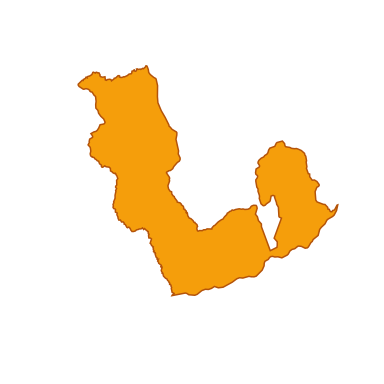 Januária, Minas Gerais, Brazil, rotated 19°
{"feature_id": "56859067B69142797953958", "entity_name": "Januária", "entity_type": "district", "adm_level": 2, "iso_a3": "BRA", "parent_name": "Brazil", "parent_adm1": "Minas Gerais", "projection": "robinson", "projection_center": [-44.822, -15.321], "detail": "fine", "context": "isolated", "style": "filled", "palette": "amber", "viewbox_px": 384, "rotation_deg": 19, "n_neighbors": 0, "source": "geoboundaries", "source_scale": "gbopen_adm2", "svg_char_len": 6025}
<svg xmlns="http://www.w3.org/2000/svg" viewBox="0 0 384 384"><g transform="rotate(19 192 192)"><path d="M107.3,87.8L107.2,89.0L106.0,91.2L105.2,91.1L103.7,92.8L103.1,92.6L101.2,93.6L100.2,93.4L99.5,93.8L100.0,94.4L99.6,96.0L98.9,96.4L98.1,96.1L97.7,95.4L97.2,95.8L97.0,96.6L95.9,97.3L96.3,99.0L96.1,99.9L94.0,101.1L93.0,102.9L90.6,105.2L90.0,105.2L88.5,106.5L86.8,107.0L86.0,106.9L85.9,106.0L85.2,105.7L84.2,106.1L82.7,109.0L81.4,109.8L81.4,110.6L79.7,113.1L78.8,112.1L77.4,112.2L75.1,113.4L74.9,114.2L73.6,114.3L72.2,111.4L70.0,112.6L68.0,112.7L67.0,112.0L67.0,111.3L65.2,109.6L64.1,110.1L62.9,109.8L62.1,110.3L61.9,111.0L59.8,110.8L59.3,111.2L59.1,113.6L57.2,115.9L56.2,116.4L55.2,117.5L55.6,118.1L54.4,118.0L54.1,119.5L52.6,121.0L52.8,122.0L51.7,122.3L49.3,127.1L49.6,128.0L50.9,129.0L55.7,130.2L56.4,130.0L58.1,128.8L60.2,128.6L62.2,129.1L62.6,129.9L63.4,130.2L65.1,130.1L67.9,132.4L69.7,133.1L71.8,137.5L72.5,140.8L73.8,144.0L76.5,145.5L78.0,147.9L81.1,150.1L84.7,151.7L87.1,154.3L87.0,155.5L86.5,156.4L83.2,158.3L83.0,161.7L82.4,164.3L81.6,165.8L79.6,167.2L77.4,169.7L79.5,171.2L80.2,172.3L80.0,173.0L78.0,175.3L78.3,177.7L78.8,178.4L78.4,181.3L81.2,182.9L81.7,183.7L83.0,186.3L83.3,189.1L84.4,190.8L85.9,191.4L86.4,191.1L86.9,191.5L88.3,191.3L89.4,192.3L90.8,192.5L92.2,193.3L93.7,193.3L95.4,195.4L97.6,196.1L98.0,197.3L98.6,197.8L99.5,197.7L101.0,195.7L102.5,196.1L105.5,195.5L107.1,196.2L108.1,198.6L109.7,198.9L111.1,199.6L112.7,199.8L113.2,199.2L113.9,199.5L114.4,200.3L115.6,201.1L117.5,203.5L116.9,205.5L118.6,209.9L118.0,211.3L118.1,212.2L119.6,213.3L119.3,215.5L119.8,216.0L120.3,220.1L121.3,223.0L121.1,226.9L121.6,227.5L121.4,229.5L122.3,231.0L122.2,232.0L122.8,232.7L123.6,233.2L124.5,233.0L125.5,233.6L125.6,234.7L126.2,236.0L127.6,236.0L128.2,236.4L128.2,237.4L128.6,238.2L130.2,239.8L130.4,240.6L132.0,242.4L133.5,241.8L135.1,243.3L136.7,242.7L137.3,242.9L138.1,243.7L138.2,244.4L139.6,244.5L141.9,246.6L142.6,246.8L143.7,245.8L145.4,246.6L146.4,247.8L148.1,248.9L149.6,248.4L151.2,247.2L151.8,245.9L153.6,244.8L154.0,244.2L155.9,243.4L156.9,242.1L158.5,243.2L159.1,242.0L160.8,242.9L162.0,243.1L162.7,243.8L163.5,243.7L164.3,245.7L165.1,245.9L165.1,247.4L166.2,249.5L167.7,249.1L169.0,249.6L169.1,254.1L169.8,254.3L171.3,255.8L173.3,256.5L173.2,257.4L173.8,257.8L174.2,259.2L175.4,260.0L175.1,260.9L175.9,261.1L176.3,261.7L177.0,261.4L177.5,262.0L177.5,262.9L179.3,265.3L180.7,265.8L180.7,266.7L182.0,266.5L181.6,267.2L182.2,267.7L182.0,268.5L183.2,269.3L183.7,270.2L186.9,271.3L186.8,272.8L187.3,273.1L187.9,272.6L188.3,273.2L188.4,276.1L189.3,277.3L190.3,277.9L190.3,278.6L191.0,278.5L192.4,280.8L195.1,282.2L196.5,282.3L197.8,283.6L199.1,284.0L199.6,284.9L200.3,285.1L200.9,286.6L201.4,286.3L202.6,287.1L202.7,287.7L203.9,289.1L203.8,289.9L205.9,293.4L208.1,293.7L208.0,294.4L206.9,295.8L206.8,296.5L218.6,289.7L220.3,289.6L222.4,290.2L228.3,288.7L230.2,287.1L233.4,282.0L236.3,279.6L239.3,278.8L241.8,276.8L244.0,274.0L248.1,274.0L252.4,271.9L259.4,264.2L262.6,259.5L264.8,257.6L268.1,256.8L273.3,253.2L275.5,252.9L278.3,252.0L280.1,250.7L283.8,243.0L284.2,238.4L283.5,235.9L283.5,233.8L286.1,230.9L286.6,228.9L287.4,227.5L289.2,226.6L291.5,226.5L294.3,225.3L298.4,225.0L302.6,220.6L303.2,219.4L303.8,215.9L305.3,213.7L307.6,212.2L309.7,208.9L310.4,208.4L313.1,207.8L317.3,208.3L319.2,207.3L319.9,206.1L320.9,201.1L321.8,199.6L322.0,197.5L325.4,192.0L324.9,185.8L325.8,183.2L328.1,178.9L328.7,174.7L329.5,173.3L332.9,169.4L333.9,167.6L334.7,162.5L334.0,156.7L333.4,157.2L332.7,162.0L332.1,163.1L331.0,163.7L330.7,165.1L329.5,165.4L328.8,165.2L327.4,163.7L326.1,163.9L325.3,162.3L321.8,160.5L320.2,160.9L313.6,160.7L311.7,159.4L308.3,151.6L308.5,146.9L309.8,145.5L310.1,144.5L309.7,143.5L306.7,141.4L303.9,140.8L301.8,141.7L298.3,139.2L297.4,136.7L296.0,136.8L292.5,132.4L292.4,130.7L290.1,126.4L290.2,125.3L287.9,121.1L286.7,120.3L285.8,118.8L281.9,117.2L278.8,116.9L276.5,116.9L275.1,117.6L272.0,118.3L270.0,118.0L266.0,118.7L264.8,118.0L263.8,116.1L260.9,114.4L256.3,117.5L255.8,118.4L255.4,121.9L251.3,125.2L250.8,127.4L251.0,130.1L250.4,132.0L248.9,133.8L248.4,135.5L246.4,137.5L245.0,140.1L244.7,141.6L244.9,143.1L247.2,145.0L247.5,145.6L247.4,146.5L245.1,149.4L245.8,153.1L246.7,154.5L248.6,155.2L249.0,155.9L249.1,157.3L248.4,159.7L248.9,161.2L251.7,166.3L253.4,167.6L254.2,169.9L256.7,173.1L257.4,174.6L257.7,176.2L261.1,180.7L263.6,181.7L264.4,181.6L265.6,180.5L266.2,179.0L268.5,175.8L268.8,174.9L268.1,170.1L269.7,168.8L271.5,169.0L271.7,170.0L275.4,174.7L276.0,176.0L278.6,178.2L282.1,186.7L282.7,187.3L285.1,187.6L284.7,208.9L288.8,211.3L290.0,214.8L290.3,216.7L285.1,222.0L269.0,202.3L268.0,199.6L264.1,197.4L261.9,194.1L259.2,192.3L258.9,186.1L257.8,184.4L256.9,183.8L254.5,184.5L253.1,185.7L252.6,186.4L252.0,188.6L250.5,190.1L247.6,191.3L245.7,191.4L244.6,192.1L242.1,192.5L238.8,194.4L237.3,195.8L235.8,195.9L235.1,197.3L233.9,198.2L233.3,199.4L232.2,200.6L232.2,202.0L230.8,204.9L230.0,207.7L228.9,208.5L226.5,211.8L224.4,216.2L223.6,216.9L222.6,219.3L222.8,220.5L218.2,222.0L217.2,223.2L215.2,224.0L214.3,225.2L211.7,226.0L210.6,227.0L209.8,226.9L208.6,225.4L208.2,223.5L208.5,222.8L207.2,221.1L205.1,220.4L204.7,219.8L203.5,219.9L202.3,218.7L199.5,217.5L197.9,217.6L195.7,215.8L194.4,213.3L193.6,213.7L193.0,213.2L193.2,212.6L192.8,211.9L191.2,211.2L190.9,210.7L189.6,210.7L189.1,209.1L188.0,208.1L186.2,207.6L185.8,206.9L184.1,206.1L181.4,206.4L180.7,205.3L177.5,203.2L176.7,202.1L175.5,201.8L173.6,200.5L172.6,198.4L171.1,198.4L168.9,196.8L167.2,194.0L167.2,188.8L166.4,187.5L166.5,186.7L165.9,185.5L161.6,182.2L161.5,181.5L162.6,180.4L162.9,179.6L164.6,178.7L166.2,176.3L166.5,173.9L168.5,168.9L170.0,166.9L170.2,165.3L169.7,163.7L166.6,160.5L165.9,157.5L159.7,147.4L159.1,143.1L158.4,140.9L157.7,140.3L152.6,139.2L150.4,137.8L149.0,137.3L148.1,135.9L142.4,130.3L136.4,125.1L130.7,118.7L128.3,113.2L124.8,102.6L121.4,97.1L120.8,96.5L118.5,96.1L114.2,94.5L112.2,93.1L110.8,90.4L108.9,88.1L108.2,87.5L107.3,87.8Z" fill="#f59e0b" stroke="#b45309" stroke-width="1.5"/></g></svg>